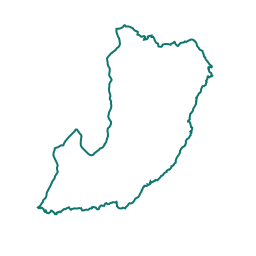 Muong Khuong, Lào Cai, Vietnam, rotated 192°
{"feature_id": "81297802B9711168823282", "entity_name": "Muong Khuong", "entity_type": "district", "adm_level": 2, "iso_a3": "VNM", "parent_name": "Vietnam", "parent_adm1": "Lào Cai", "projection": "natural_earth1", "projection_center": [104.124, 22.685], "detail": "fine", "context": "isolated", "style": "outline", "palette": "teal", "viewbox_px": 256, "rotation_deg": 192, "n_neighbors": 0, "source": "geoboundaries", "source_scale": "gbopen_adm2", "svg_char_len": 5761}
<svg xmlns="http://www.w3.org/2000/svg" viewBox="0 0 256 256"><g transform="rotate(192 128 128)"><path d="M162.7,190.6L161.6,188.1L161.2,186.3L160.4,184.8L158.8,183.0L158.0,181.8L157.7,179.2L157.5,176.2L157.3,175.5L154.9,172.9L154.1,171.8L154.1,170.9L154.7,169.8L155.4,167.2L154.8,164.7L154.8,162.5L153.7,159.1L152.5,157.3L151.8,155.5L152.1,154.3L151.8,152.5L150.0,150.6L149.9,148.5L149.2,147.2L148.7,145.0L148.9,143.8L148.9,142.7L149.4,141.1L149.8,139.0L149.7,137.8L149.7,135.1L148.7,133.3L145.9,130.5L145.6,129.7L145.6,127.7L145.9,126.5L146.4,125.0L147.3,124.0L147.7,123.0L147.4,120.6L146.5,118.5L146.3,117.2L145.8,116.0L146.2,114.0L146.5,109.4L147.6,107.3L147.3,106.7L147.8,106.1L148.3,104.5L148.7,103.8L150.0,102.7L151.1,102.2L152.0,100.5L155.8,96.1L156.0,95.0L157.5,94.0L158.9,93.6L161.2,94.3L169.0,99.3L170.4,101.0L170.7,101.8L171.4,104.8L171.8,109.6L171.7,110.3L172.1,111.0L172.5,111.5L174.3,112.8L177.2,115.6L177.8,115.9L178.5,115.8L179.0,115.2L179.6,113.5L183.6,107.5L186.4,102.4L187.4,99.6L187.6,97.7L188.1,97.4L189.8,97.2L192.3,94.8L194.6,93.5L195.4,92.9L195.2,91.6L195.6,88.2L195.5,86.7L195.1,85.4L194.7,84.7L190.1,78.7L189.2,77.2L188.9,76.3L189.2,74.6L189.2,74.1L188.6,72.4L187.7,70.7L187.6,70.2L189.3,65.7L189.4,63.3L190.9,60.0L191.6,56.2L194.0,47.8L193.7,44.4L193.9,42.8L195.9,39.8L195.9,38.0L196.5,37.1L197.8,33.5L199.6,31.5L199.1,31.2L198.4,31.1L197.1,31.3L196.1,32.1L195.6,32.1L193.8,31.1L193.1,30.2L192.6,29.2L191.7,28.7L191.2,30.1L190.4,29.1L189.9,28.3L189.5,28.1L187.9,28.1L187.1,29.1L186.6,29.5L186.0,31.2L185.5,31.3L185.1,31.2L184.6,30.7L183.9,30.6L182.3,29.4L181.6,28.6L180.1,28.8L180.0,29.1L180.3,30.2L180.2,30.4L179.5,30.7L179.1,30.6L178.6,31.4L177.6,31.9L177.0,31.5L176.5,31.6L175.6,33.2L174.4,34.4L174.1,35.1L173.3,35.3L172.8,35.8L172.2,35.7L170.9,37.1L169.3,38.1L169.0,38.0L168.5,37.2L168.0,36.8L166.8,36.2L166.5,36.4L166.0,37.2L164.2,37.9L163.5,38.4L161.8,38.4L159.0,39.5L157.8,39.5L157.1,39.8L155.8,37.8L154.0,38.3L152.3,39.4L150.1,39.6L148.3,41.5L147.1,41.6L146.6,41.9L146.5,42.1L146.7,43.0L145.9,43.5L142.9,43.5L142.3,42.7L141.4,42.1L140.3,42.3L139.7,42.6L139.6,43.3L139.7,44.3L139.2,44.9L138.6,46.4L137.6,46.8L136.8,46.6L135.1,46.9L134.7,49.0L134.4,49.5L133.5,50.0L132.2,49.3L131.8,49.3L130.7,49.7L130.3,50.3L129.4,51.1L128.5,51.4L127.6,52.2L124.8,52.6L124.3,52.9L123.9,53.4L123.6,53.1L123.5,51.9L122.7,50.3L122.5,49.1L120.2,47.7L119.2,47.7L117.4,48.0L116.6,48.9L116.3,49.0L114.0,48.8L113.4,50.4L112.0,52.4L111.8,53.4L111.3,54.3L110.6,54.8L109.8,54.7L109.0,55.0L107.7,56.3L106.8,58.1L106.3,60.0L105.6,60.9L103.6,62.6L102.9,64.0L102.6,65.9L101.5,69.4L101.7,70.2L101.2,70.5L101.0,72.2L100.7,73.4L100.0,74.0L100.0,74.9L99.7,75.0L97.7,75.2L97.2,75.6L96.9,76.2L97.2,77.0L96.0,76.9L94.9,77.4L94.6,78.2L95.1,78.9L94.9,80.4L94.1,79.6L93.8,79.5L93.3,80.0L92.9,80.6L92.1,80.7L91.3,81.7L90.5,82.1L90.4,82.9L88.6,82.9L88.2,83.1L87.8,83.9L86.3,86.2L85.4,88.4L84.4,88.6L83.8,89.7L83.5,90.8L82.9,91.6L82.2,92.4L81.1,93.1L81.2,94.4L80.5,94.8L79.8,95.8L79.0,95.8L78.2,96.7L77.9,97.3L77.8,98.0L77.4,98.4L77.5,99.8L76.5,100.2L76.1,101.0L75.4,101.7L75.3,102.6L74.9,103.3L74.1,104.0L74.5,105.6L74.4,107.8L73.7,110.4L73.0,111.6L72.7,112.4L72.6,113.1L72.2,113.8L72.1,115.4L72.4,116.6L72.0,117.2L71.8,118.5L71.3,119.3L71.0,120.3L69.2,121.8L68.8,122.6L68.4,122.9L68.6,123.7L68.2,124.8L68.7,127.4L67.9,129.5L66.9,130.3L66.1,131.5L66.0,132.7L65.2,133.9L65.6,135.1L64.9,136.8L65.1,137.2L66.3,137.4L65.8,138.3L65.1,138.8L65.1,139.1L65.2,139.9L65.1,140.6L65.1,141.5L65.9,142.0L66.5,142.0L68.2,145.9L69.2,146.8L70.1,147.0L70.5,146.8L70.7,147.2L70.5,147.9L69.5,148.9L69.3,149.2L69.9,151.0L69.8,151.8L70.0,153.2L69.8,154.1L70.0,154.9L69.2,155.9L69.1,156.6L68.4,157.3L68.1,159.0L68.2,160.5L67.4,162.5L66.9,164.3L66.5,165.0L66.6,167.0L66.9,167.4L67.0,167.9L67.0,168.6L66.7,168.8L66.9,169.1L67.1,170.6L66.9,171.0L67.6,171.6L67.6,171.8L67.5,172.0L66.9,172.2L66.8,173.5L66.1,174.9L66.1,175.7L65.5,177.1L65.0,177.3L64.4,178.1L64.5,181.4L63.8,184.4L62.2,184.8L62.0,185.1L61.5,185.9L60.9,186.4L61.0,188.2L60.5,189.3L60.9,189.9L61.5,190.3L61.5,190.5L61.0,191.3L60.6,192.2L60.8,194.9L60.6,195.2L60.3,195.3L59.3,194.6L58.9,194.5L57.8,195.8L57.2,195.8L56.7,196.1L56.4,196.9L56.9,197.1L57.5,197.7L58.0,199.0L59.2,199.4L60.3,200.1L60.8,201.3L61.4,202.0L61.1,202.5L61.1,202.8L61.8,203.1L62.0,203.4L62.0,204.1L61.7,204.3L60.9,204.4L60.1,204.9L58.9,204.7L58.7,205.3L58.9,205.9L60.0,206.5L60.4,206.5L61.0,206.9L62.1,207.7L63.0,208.7L66.3,211.4L66.7,212.0L67.0,213.0L68.1,213.4L68.6,214.0L68.9,214.5L69.1,215.4L70.6,217.6L71.1,218.8L74.1,219.6L74.9,220.3L75.4,221.0L77.3,222.4L78.8,225.3L79.1,225.7L80.8,226.9L81.1,226.8L81.5,227.4L82.0,227.6L83.6,227.9L84.8,227.6L87.3,225.8L88.9,224.3L89.4,224.2L90.3,224.5L90.6,224.0L91.9,223.0L94.1,222.2L94.4,221.9L95.6,219.8L96.2,218.5L96.6,218.5L98.7,219.8L99.4,220.6L100.1,221.8L100.6,221.9L101.3,220.7L103.3,219.4L103.5,218.9L103.6,218.3L106.5,218.4L109.6,217.7L111.4,216.7L111.6,216.0L111.6,215.1L112.5,214.3L114.9,214.1L115.3,214.2L116.1,216.7L116.4,216.9L117.9,217.0L120.0,219.1L120.9,220.8L122.3,222.4L123.9,221.9L124.1,223.4L127.2,222.0L127.4,221.7L127.1,221.1L127.2,220.4L127.8,219.6L127.9,218.9L130.7,217.7L130.7,218.8L130.3,219.4L130.1,220.7L131.1,221.2L132.0,221.0L133.9,220.0L136.2,221.2L138.2,221.3L138.2,223.2L138.4,224.0L138.9,224.0L139.5,224.5L140.7,224.5L142.3,225.1L144.4,226.8L145.7,226.9L147.2,227.4L148.7,227.4L151.2,226.9L152.6,227.9L153.4,227.1L154.1,225.6L155.5,224.3L157.3,223.3L159.9,222.6L159.6,220.9L159.1,219.2L156.7,215.2L155.5,214.1L154.4,211.7L154.0,210.3L153.4,209.1L153.4,207.5L153.8,205.8L154.7,204.6L155.6,203.7L156.0,202.4L156.7,201.3L157.3,200.5L158.5,199.4L159.3,198.1L160.1,197.5L160.8,196.0L161.6,194.8L162.6,192.7L163.0,191.6L162.7,190.6Z" fill="none" stroke="#0f766e" stroke-width="2"/></g></svg>